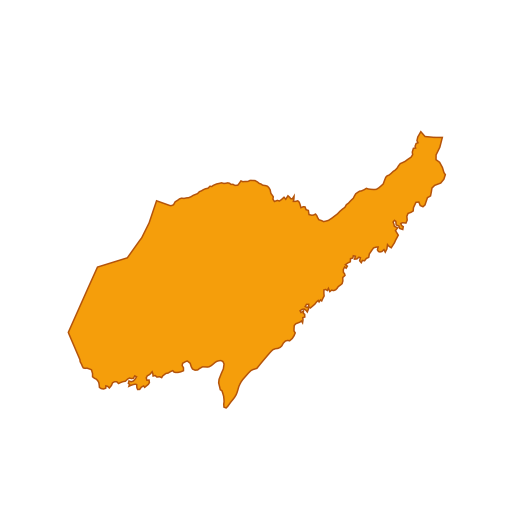 outline of Turilândia, Maranhão, Brazil, rotated 24°
{"feature_id": "56859067B16746670752925", "entity_name": "Turilândia", "entity_type": "district", "adm_level": 2, "iso_a3": "BRA", "parent_name": "Brazil", "parent_adm1": "Maranhão", "projection": "equal_earth", "projection_center": [-45.364, -2.12], "detail": "fine", "context": "isolated", "style": "filled", "palette": "amber", "viewbox_px": 512, "rotation_deg": 24, "n_neighbors": 0, "source": "geoboundaries", "source_scale": "gbopen_adm2", "svg_char_len": 5419}
<svg xmlns="http://www.w3.org/2000/svg" viewBox="0 0 512 512"><g transform="rotate(24 256 256)"><path d="M356.0,75.4L355.7,78.5L355.4,81.5L356.1,85.1L357.9,86.7L356.5,88.1L356.7,91.0L357.9,92.5L356.0,93.6L356.5,97.5L357.9,99.7L357.5,102.6L355.1,106.4L353.8,108.8L351.8,111.2L350.2,112.9L349.5,115.7L349.2,118.3L348.2,121.0L347.0,122.8L345.8,125.7L344.7,127.9L343.2,129.4L342.5,131.3L342.7,135.2L342.9,138.5L341.6,141.4L340.4,143.9L338.8,146.2L336.7,147.3L333.7,148.4L331.4,149.1L329.3,149.3L327.9,151.4L325.7,153.8L324.3,154.6L322.9,156.7L321.8,158.6L321.5,161.3L321.4,163.7L320.4,166.0L319.7,167.9L319.0,170.1L317.7,172.3L317.4,175.4L315.9,178.0L314.5,181.0L313.3,184.4L311.3,188.0L310.3,189.9L309.2,191.7L307.7,194.0L305.3,196.0L303.7,197.1L301.7,197.0L298.7,197.3L296.6,195.8L295.1,194.4L293.3,193.5L291.8,195.3L290.3,196.1L287.6,196.6L285.3,193.1L282.9,193.3L280.8,191.2L279.2,191.7L277.4,193.6L275.3,191.0L273.5,189.2L271.7,188.6L269.8,190.1L267.9,190.9L267.4,188.4L266.4,185.8L265.9,189.1L264.3,189.5L262.9,188.7L260.7,188.0L260.1,192.1L257.7,190.9L256.3,194.1L255.0,196.3L252.9,196.5L250.7,198.7L248.4,197.3L247.7,194.9L246.3,194.0L244.1,192.7L242.0,189.8L239.9,188.3L238.1,187.6L236.2,187.8L233.2,188.6L231.3,188.2L229.5,188.4L227.3,187.8L224.4,187.5L219.9,189.3L218.3,191.2L215.5,192.5L213.7,193.5L211.7,193.5L211.1,196.6L210.5,198.8L208.0,200.1L205.9,199.9L203.9,200.8L202.3,200.3L200.4,200.7L198.6,202.0L197.1,202.8L194.7,203.2L193.2,204.4L190.7,206.2L188.2,208.9L187.4,210.5L185.6,211.0L184.6,213.6L182.4,215.2L180.8,217.0L179.7,218.6L178.1,220.3L177.2,222.8L174.0,226.1L172.6,228.2L170.7,230.2L169.0,231.1L166.8,232.7L164.4,233.5L162.9,234.9L161.9,236.7L160.1,239.4L159.8,242.7L158.6,244.1L157.2,244.9L142.7,246.0L144.9,269.3L144.2,285.8L143.3,289.8L139.2,310.0L115.7,330.6L115.6,354.1L115.6,370.9L115.6,375.4L115.6,402.1L117.1,403.6L137.2,422.2L138.4,424.1L140.7,425.9L142.4,427.5L143.8,428.5L145.6,428.1L147.2,427.2L150.1,426.9L152.0,426.9L154.5,429.9L155.8,432.8L158.1,433.4L160.3,433.5L162.1,434.3L163.8,435.5L165.1,437.4L166.4,439.7L168.5,440.1L170.8,439.5L172.5,437.9L171.7,435.7L173.5,435.4L175.7,436.2L176.6,433.1L176.5,430.2L177.9,428.4L179.9,427.5L182.3,428.4L183.7,426.7L185.6,424.9L187.6,423.5L188.8,420.6L190.1,418.9L192.0,418.7L193.7,417.6L194.0,414.8L196.0,414.9L195.7,417.4L194.8,420.1L193.1,421.6L190.8,421.8L191.2,424.3L192.7,424.7L192.9,426.7L194.3,425.1L196.0,423.5L197.8,422.2L199.3,422.0L200.7,424.7L202.2,426.1L204.0,425.2L204.6,422.4L206.2,420.4L207.7,421.3L209.8,417.1L210.1,415.0L208.7,412.8L206.9,413.9L205.3,412.0L205.4,409.7L206.6,408.1L207.5,406.5L208.2,404.0L209.6,405.4L210.8,407.5L212.5,406.2L214.7,406.9L217.1,405.5L219.3,405.5L219.6,403.3L221.5,399.9L223.3,398.7L225.0,396.3L226.6,394.6L228.3,395.4L229.9,395.1L232.1,394.1L234.3,392.5L236.4,390.3L235.2,387.6L233.1,386.1L232.6,383.9L234.3,381.5L235.8,379.9L237.3,380.2L239.5,380.8L242.0,383.6L244.0,385.1L246.8,385.1L249.1,383.8L250.0,382.0L252.2,379.0L254.9,377.9L256.8,377.2L258.2,376.3L259.8,374.2L260.9,372.0L261.9,369.9L263.1,368.1L264.7,366.8L266.4,365.8L268.6,365.8L270.7,367.6L272.1,372.4L272.1,377.5L272.4,383.7L273.5,387.1L277.8,392.7L279.6,392.9L281.3,394.7L283.5,397.3L285.0,399.9L286.1,402.1L286.8,404.5L288.2,407.1L290.5,407.0L291.3,405.0L291.8,402.5L292.5,399.2L293.4,396.0L293.9,393.9L294.3,390.8L294.2,388.2L293.8,385.1L293.4,382.2L293.4,379.6L293.6,377.0L294.1,374.4L294.9,371.8L296.7,366.0L297.9,362.9L299.3,361.1L301.1,359.5L302.5,358.3L303.1,356.0L303.9,352.9L305.2,348.2L307.8,339.4L308.7,336.7L309.5,334.8L311.3,332.9L313.6,331.5L315.2,329.7L316.1,327.7L316.4,324.4L317.5,321.6L319.4,320.2L321.2,319.8L322.7,316.6L323.2,313.4L323.1,310.3L321.2,309.0L320.2,306.7L319.2,303.9L319.9,301.7L321.4,300.2L323.0,298.6L323.9,296.9L325.7,298.1L324.9,295.2L323.8,293.3L325.4,291.9L324.2,289.5L322.5,289.0L321.7,286.9L320.1,289.4L318.5,288.1L319.8,286.0L321.6,284.8L323.8,285.3L325.6,286.3L325.5,283.2L324.7,281.0L326.8,281.4L328.4,278.1L329.4,275.9L329.9,273.6L330.9,271.3L332.3,272.3L332.8,269.8L334.3,270.3L334.3,267.9L334.5,264.8L333.3,262.7L331.8,259.4L333.3,258.2L335.2,258.5L335.3,256.1L337.9,258.5L338.9,256.5L341.0,256.0L342.5,254.5L343.2,252.7L343.6,250.5L345.1,247.9L345.9,246.2L345.5,243.5L344.0,240.4L345.2,237.5L344.0,236.1L342.5,235.4L341.3,232.9L341.4,230.0L343.3,230.5L343.6,228.1L341.2,227.6L342.7,225.0L344.5,222.9L343.4,220.0L345.3,218.5L344.8,216.2L346.9,215.8L347.3,218.8L349.4,217.6L350.5,215.2L352.1,215.1L352.6,218.2L354.9,219.3L355.0,216.8L357.1,216.2L357.8,213.4L359.5,211.4L358.7,208.0L359.2,205.4L359.6,203.1L360.1,200.8L362.2,199.0L363.9,198.1L364.4,201.0L366.1,202.1L367.6,201.9L369.2,200.7L370.3,198.1L372.5,199.9L372.7,196.3L371.5,192.1L373.4,193.0L376.2,193.5L377.1,187.6L377.1,184.5L377.3,182.2L377.5,179.1L373.1,176.1L373.9,172.7L370.4,172.6L368.8,170.6L367.4,169.2L368.0,167.1L369.7,167.5L371.4,170.6L374.3,170.5L376.0,172.4L379.3,172.1L378.6,169.3L376.7,169.0L375.0,167.5L376.3,166.0L379.6,164.9L379.5,161.7L377.6,158.3L377.6,155.2L379.8,153.1L381.3,150.9L380.2,147.8L380.3,141.9L382.8,140.5L385.5,143.1L388.5,143.1L389.6,140.7L388.9,133.0L391.0,130.1L390.0,125.7L389.1,122.4L390.5,118.8L395.1,114.2L396.4,109.5L395.9,104.7L393.7,103.3L390.3,99.3L385.6,95.7L381.3,94.8L379.4,90.4L379.7,81.9L378.0,71.9L370.2,75.3L361.8,78.1L356.0,75.4ZM324.7,281.0L323.4,282.2L321.5,282.2L321.8,279.6L323.8,278.7L324.7,281.0Z" fill="#f59e0b" stroke="#b45309" stroke-width="1.5"/></g></svg>